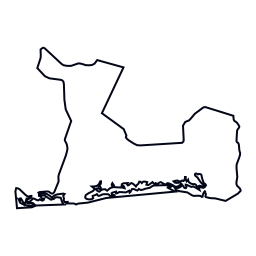 SVG path tracing the border of Lagunes
{"feature_id": "CIV-3458", "entity_name": "Lagunes", "entity_type": "Department", "adm_level": 1, "iso_a3": "CIV", "parent_name": "Ivory Coast", "parent_adm1": "", "projection": "robinson", "projection_center": [-4.434, 5.74], "detail": "fine", "context": "isolated", "style": "outline", "palette": "ink", "viewbox_px": 256, "rotation_deg": 0, "n_neighbors": 0, "source": "natural_earth", "source_scale": "10m", "svg_char_len": 5801}
<svg xmlns="http://www.w3.org/2000/svg" viewBox="0 0 256 256"><path d="M225.6,200.9L215.3,198.4L210.1,198.1L206.7,197.3L205.8,197.0L205.4,196.3L205.6,195.2L205.9,194.3L205.7,193.4L204.6,192.4L205.4,190.7L204.3,191.8L203.4,193.4L202.8,195.2L202.5,196.8L201.6,196.8L200.3,195.9L198.2,195.7L193.7,195.9L192.2,195.4L187.3,192.4L179.5,191.2L176.1,190.1L174.4,187.2L176.5,188.0L178.8,187.8L180.9,186.6L182.1,184.7L183.7,186.9L184.4,187.8L185.4,188.2L186.1,187.9L186.4,187.1L186.3,186.2L185.7,185.5L185.7,184.7L187.3,185.1L191.1,186.8L191.8,186.9L193.0,186.4L195.4,187.5L199.5,190.0L199.2,189.2L199.0,187.9L198.7,187.2L200.4,187.3L203.4,187.8L204.6,187.2L206.0,185.3L205.4,184.2L203.9,183.2L203.2,181.7L201.9,177.6L201.6,175.7L201.3,174.8L200.3,174.1L199.1,173.9L197.9,174.4L197.2,173.9L196.2,173.5L195.3,173.7L194.9,174.9L195.2,175.6L197.5,177.5L200.3,181.7L202.0,183.7L203.9,184.7L202.9,186.3L201.2,186.1L199.4,185.7L198.0,186.5L197.1,186.5L195.7,184.6L194.7,184.1L193.6,184.2L191.8,183.9L190.7,183.4L189.4,182.6L188.4,181.4L188.1,179.7L187.6,180.3L186.9,180.8L186.6,181.3L186.1,180.3L185.8,179.3L185.7,178.3L185.7,177.0L185.0,177.0L184.8,178.8L184.3,180.3L183.4,181.0L182.1,180.5L181.2,181.2L180.0,181.4L178.7,181.2L177.5,180.5L174.9,180.9L173.6,181.3L174.7,182.5L176.4,182.9L178.2,182.8L179.6,182.1L181.2,183.9L179.7,185.2L177.9,186.4L175.9,186.9L174.0,186.0L172.7,185.1L170.2,183.9L167.9,183.1L166.9,183.5L166.0,184.6L164.0,184.0L160.8,182.1L159.3,182.6L158.2,183.5L157.0,183.9L155.5,183.1L154.8,183.8L154.1,183.8L153.3,183.2L152.5,182.1L149.5,184.4L148.0,185.1L146.4,184.7L146.6,184.1L147.0,182.7L147.2,182.1L144.3,181.5L143.1,181.7L141.8,183.1L141.0,182.2L140.0,181.6L139.2,181.7L138.5,183.6L136.7,185.2L135.9,186.5L135.1,185.6L133.8,184.4L132.3,183.4L131.3,183.1L130.2,183.8L129.0,184.9L127.9,185.4L126.8,183.9L127.1,183.6L127.3,183.5L127.6,183.1L123.5,183.3L121.9,184.1L121.5,186.5L122.5,185.9L123.5,186.0L124.2,186.9L124.6,188.2L122.5,187.6L114.6,187.2L114.2,186.1L113.7,185.0L112.4,183.1L111.8,184.2L111.8,185.2L112.2,186.0L113.1,186.5L113.1,187.2L111.1,187.7L109.6,188.5L107.1,190.7L105.0,189.2L102.7,189.4L100.6,190.5L99.6,191.6L98.8,191.6L98.1,191.2L97.1,190.6L96.3,189.8L95.8,189.0L97.1,188.4L98.1,188.5L99.4,188.9L101.0,189.0L100.8,187.8L100.4,187.0L99.8,186.6L98.8,186.5L98.8,185.5L99.9,185.0L100.6,184.1L101.0,182.9L101.0,181.3L100.3,181.3L98.9,184.2L97.1,185.8L94.8,186.4L91.9,186.5L94.9,189.0L92.7,191.2L88.6,193.2L85.9,195.0L85.2,196.8L85.4,198.0L86.4,198.8L88.2,199.3L90.2,199.4L92.1,199.0L93.2,198.2L92.7,196.8L92.7,195.9L95.5,195.0L96.9,194.1L97.3,194.7L97.9,195.5L98.8,195.9L100.2,195.5L102.4,194.4L104.1,194.2L107.5,194.2L108.5,194.4L109.2,195.0L109.7,195.5L110.1,195.9L111.7,196.1L112.9,195.9L115.4,195.0L114.3,195.2L113.0,195.0L111.9,194.5L111.6,193.3L112.3,192.7L116.1,191.6L116.1,193.3L117.0,193.3L119.4,192.0L125.9,192.4L129.1,190.7L129.6,192.6L130.5,191.9L131.4,190.1L132.1,189.0L134.1,189.1L135.8,190.0L137.4,190.5L138.8,189.0L140.9,190.0L143.1,189.6L145.3,188.7L149.8,187.8L152.6,185.9L154.4,185.5L168.0,185.1L171.4,186.5L170.4,187.0L169.3,187.3L168.1,187.3L166.9,187.2L175.1,191.6L140.6,194.8L106.2,198.0L88.0,202.6L78.0,203.6L76.1,204.5L74.9,203.8L73.6,203.5L67.7,203.4L66.2,203.6L66.2,202.8L66.6,202.8L67.3,202.8L67.7,202.8L67.7,201.9L64.6,202.0L63.8,200.5L63.9,198.2L63.2,195.9L64.6,194.0L63.2,193.6L57.2,194.4L55.2,195.1L53.4,196.2L51.9,197.7L50.0,195.9L46.8,194.0L43.1,193.2L39.8,194.2L39.4,193.6L38.6,193.0L38.4,192.7L39.5,192.1L46.4,191.5L47.9,191.5L48.9,191.7L50.5,193.0L51.7,193.5L52.5,193.6L53.1,193.3L53.6,192.9L54.0,192.4L54.5,191.6L58.4,182.0L58.6,181.3L58.6,180.5L58.4,177.5L58.4,176.7L58.6,175.7L58.9,174.4L65.9,155.4L67.1,150.8L67.4,149.1L67.4,147.6L66.9,144.9L66.7,144.2L65.7,142.1L65.1,141.0L64.9,140.5L64.8,139.9L65.0,138.8L71.2,121.0L65.7,109.3L64.4,99.6L63.9,84.2L63.4,81.6L62.3,80.4L60.6,79.8L49.3,78.3L44.9,76.2L37.3,68.1L40.6,58.0L40.8,54.7L40.7,53.9L40.6,49.5L42.5,48.0L43.0,47.8L43.7,47.8L44.6,48.2L61.5,63.9L63.5,65.2L67.2,65.9L70.2,65.9L71.3,65.8L78.0,63.5L78.9,63.4L80.5,63.6L82.2,64.0L82.7,64.2L83.7,64.5L84.3,64.6L85.3,65.1L88.8,65.3L92.0,65.0L94.5,63.7L97.2,60.1L123.5,67.4L101.9,113.2L123.7,129.1L126.4,135.5L125.9,137.4L127.0,138.9L128.7,140.3L133.9,143.6L137.1,145.2L140.7,145.4L182.2,142.8L183.4,141.5L183.6,140.6L183.7,139.8L183.0,125.7L185.2,122.0L186.9,121.2L187.7,121.0L189.0,120.4L190.4,119.0L195.0,113.6L203.1,107.6L204.1,107.2L205.0,107.1L205.7,107.2L233.4,115.8L233.4,116.6L233.7,119.6L234.5,121.0L235.7,121.7L237.1,122.9L238.8,125.4L239.3,126.4L239.2,127.1L238.7,128.1L237.5,129.7L237.1,130.6L236.5,140.5L236.7,141.8L237.1,142.3L237.6,142.6L238.1,142.9L238.4,143.5L238.7,144.0L238.9,145.1L239.4,150.7L239.7,151.6L239.9,152.2L240.1,152.8L240.1,153.8L240.0,155.1L238.9,158.4L236.9,163.7L236.6,165.0L236.5,168.0L237.3,176.9L236.4,182.5L236.4,183.2L236.5,183.9L236.6,184.6L236.8,185.2L237.1,185.7L237.5,186.1L239.5,188.1L239.9,188.5L240.2,189.0L240.4,189.6L240.6,190.2L240.6,190.9L237.8,193.7L225.6,200.9L225.6,200.9ZM28.4,196.7L28.5,196.8L29.3,196.3L29.9,196.1L31.4,195.9L31.4,196.8L30.6,197.9L28.0,199.3L26.9,200.1L26.9,197.7L25.3,202.8L24.6,204.5L20.9,198.4L20.1,198.4L20.0,198.8L20.1,200.1L18.6,199.3L20.2,202.8L24.7,205.1L30.2,205.8L34.5,204.5L32.7,203.0L30.9,203.0L28.9,203.4L26.9,202.8L26.9,201.9L28.0,202.0L28.9,201.8L29.7,201.5L30.6,201.0L31.2,200.5L32.6,198.8L33.0,198.4L34.7,198.9L36.5,199.9L38.3,200.4L39.8,199.3L41.1,200.2L42.5,200.6L43.6,200.0L44.3,198.4L42.3,198.8L41.4,197.8L40.7,196.4L39.0,195.9L39.0,195.0L40.5,195.9L44.2,195.3L50.9,199.7L53.8,198.9L55.3,197.5L56.8,197.2L60.6,197.7L61.0,198.6L61.7,200.8L62.6,203.1L64.0,204.5L36.1,205.5L31.8,207.3L17.0,208.2L15.4,191.4L16.2,188.1L17.6,188.3L18.8,188.8L19.7,189.4L25.5,194.9L26.7,195.8L28.3,196.7L28.4,196.7Z" fill="none" stroke="#020617" stroke-width="2"/></svg>